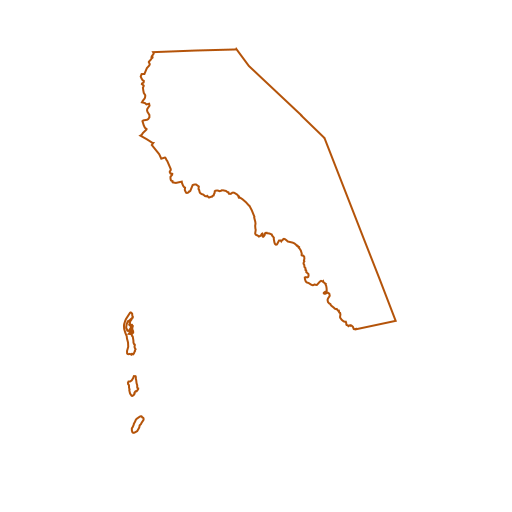 the district of Central Makira, Makira, Solomon Islands, rotated 192°
{"feature_id": "97153195B44789937557003", "entity_name": "Central Makira", "entity_type": "district", "adm_level": 2, "iso_a3": "SLB", "parent_name": "Solomon Islands", "parent_adm1": "Makira", "projection": "equal_earth", "projection_center": [161.859, -10.384], "detail": "fine", "context": "isolated", "style": "outline", "palette": "amber", "viewbox_px": 512, "rotation_deg": 192, "n_neighbors": 0, "source": "geoboundaries", "source_scale": "gbopen_adm2", "svg_char_len": 6100}
<svg xmlns="http://www.w3.org/2000/svg" viewBox="0 0 512 512"><g transform="rotate(192 256 256)"><path d="M213.5,385.6L240.9,402.8L240.8,403.0L302.5,440.4L318.3,454.4L318.4,453.9L357.9,444.4L399.0,434.0L398.2,433.1L398.3,432.2L399.5,429.6L399.5,428.8L398.5,428.8L398.5,428.4L399.3,427.4L399.6,426.4L401.2,423.7L401.2,423.4L399.8,421.6L400.0,420.2L401.8,417.1L403.0,410.8L405.7,410.2L406.1,407.6L404.9,405.9L403.6,404.5L402.1,403.9L402.0,402.7L402.1,402.2L403.4,401.0L403.4,400.4L401.3,399.4L401.2,398.8L401.6,397.1L400.7,394.6L399.7,392.2L397.9,390.4L397.6,389.7L397.5,388.0L397.7,386.9L399.0,384.3L399.5,382.6L396.4,382.5L394.7,381.5L392.2,382.7L391.4,380.9L392.9,377.3L392.9,376.0L392.2,374.5L389.6,371.8L389.1,369.5L389.9,367.5L390.9,366.6L394.4,365.2L395.1,364.3L393.1,360.7L391.4,358.4L389.4,357.4L389.5,356.8L392.1,353.0L393.1,350.6L394.1,349.7L387.1,347.5L380.5,345.0L380.1,345.1L381.0,342.9L371.8,335.4L368.9,331.5L365.5,333.4L364.7,332.9L363.6,331.4L362.5,330.4L357.4,323.2L357.3,322.0L357.9,320.8L357.7,319.9L356.7,318.8L355.7,319.1L355.0,319.0L354.9,318.0L356.1,315.8L355.9,314.6L355.5,313.4L354.9,312.3L354.5,312.1L353.2,311.9L353.0,310.9L352.8,310.7L349.6,310.8L344.1,313.3L343.8,312.4L342.1,309.8L340.9,308.6L339.6,308.1L339.4,305.9L339.0,305.2L337.8,303.7L337.4,303.3L336.7,303.3L335.7,303.8L335.0,304.6L334.8,305.3L334.2,305.5L333.8,306.0L332.7,312.2L331.4,313.0L329.6,313.5L326.4,312.1L326.2,309.7L325.9,309.2L325.5,309.0L324.3,306.6L323.6,305.9L322.1,305.3L320.3,305.1L318.3,304.0L316.9,304.0L316.2,304.7L315.0,303.8L314.1,303.4L313.4,304.0L312.6,304.2L312.0,304.8L311.3,304.9L310.8,306.0L310.1,306.3L309.9,307.3L309.9,308.4L309.6,308.9L309.8,310.8L309.3,311.4L308.2,311.8L306.9,312.1L305.2,311.8L303.6,312.6L303.3,313.1L301.9,313.4L298.9,313.4L297.1,312.5L296.3,312.6L296.1,312.1L295.2,311.2L294.7,311.5L293.6,311.5L292.3,313.0L291.3,313.3L290.4,313.3L287.3,312.2L286.0,311.2L285.3,310.1L285.2,310.3L285.3,310.9L284.8,310.6L284.7,309.6L283.0,309.5L281.0,308.7L277.0,306.5L273.3,303.8L272.9,303.8L269.6,299.8L265.7,294.0L265.8,293.3L263.8,289.3L263.2,287.5L263.1,285.4L262.4,283.0L261.7,281.4L261.5,277.9L260.9,277.0L260.0,276.5L258.9,276.5L258.5,276.2L257.3,276.0L257.1,275.7L255.9,276.6L255.2,277.8L254.9,278.9L254.4,279.3L254.1,278.9L254.4,278.6L254.1,278.1L253.8,276.8L253.3,276.3L252.9,276.3L252.6,276.7L251.9,278.2L251.9,280.0L251.5,280.6L250.8,280.8L250.8,280.6L250.6,280.5L247.6,280.8L245.0,280.3L244.6,279.4L243.1,278.3L242.3,277.5L242.2,276.5L240.8,273.1L240.0,271.8L238.9,271.2L238.1,271.5L237.8,272.0L236.7,275.9L235.2,276.3L234.5,275.7L234.4,276.5L233.5,276.7L232.7,278.4L232.2,278.6L231.2,278.5L229.2,277.6L228.0,276.8L222.9,276.7L221.0,276.3L219.3,275.4L218.3,274.6L218.1,274.5L218.1,274.9L217.7,274.8L216.1,273.7L215.7,273.7L215.6,273.2L216.0,273.2L215.9,273.0L215.6,273.0L213.3,270.7L211.7,267.8L211.7,266.9L211.5,266.2L210.9,266.0L209.8,266.2L208.7,265.3L208.1,263.4L208.2,261.6L207.6,260.9L208.0,259.7L207.9,258.3L207.0,257.4L206.3,255.3L205.1,254.4L204.7,252.6L204.1,252.5L203.6,251.7L203.5,250.7L201.0,249.3L200.9,249.0L200.5,247.8L200.6,246.4L201.3,245.8L203.1,245.6L203.8,245.1L203.3,243.5L202.0,241.4L200.9,240.7L198.9,240.5L196.0,239.4L194.5,239.2L193.7,239.5L192.9,240.3L191.0,240.2L190.4,240.4L188.2,244.2L187.2,245.2L186.4,245.2L185.2,244.7L185.0,245.1L184.7,244.5L182.0,243.2L182.2,242.8L181.1,241.3L180.3,239.3L179.6,236.7L180.6,235.1L180.8,235.4L181.0,235.3L181.4,234.6L182.0,234.2L182.0,233.7L181.4,233.3L180.6,233.4L178.2,235.1L176.5,234.4L175.7,232.7L175.7,232.0L176.6,229.8L176.9,228.4L176.8,227.7L176.0,225.9L174.5,224.8L173.3,224.5L172.7,223.6L171.7,222.9L169.0,221.6L168.1,220.9L166.8,220.7L166.0,221.0L164.5,219.6L163.6,219.8L162.9,218.1L161.9,217.8L161.3,216.4L161.1,213.7L160.7,213.0L158.9,211.4L157.4,210.6L156.0,210.1L154.5,210.4L154.3,209.8L153.9,209.4L153.4,207.8L153.0,207.3L151.8,207.3L151.0,206.6L149.7,207.8L149.4,207.9L149.1,207.6L148.9,207.9L148.3,207.9L146.5,206.9L145.2,204.9L144.6,204.8L143.1,205.5L143.0,205.1L105.9,221.6L130.4,259.3L153.6,294.4L213.2,385.1L213.5,385.3L213.5,385.6ZM370.8,161.8L370.6,160.1L369.8,157.3L367.8,153.6L365.8,150.7L365.1,148.6L363.2,144.8L362.1,140.6L362.4,136.2L361.8,133.9L361.3,133.5L360.4,133.4L359.1,134.0L357.3,133.6L357.1,134.5L356.7,134.6L356.1,134.4L356.2,133.6L355.2,135.2L354.8,137.5L354.6,137.8L354.8,138.2L354.4,139.8L355.3,140.7L355.9,141.7L356.0,142.3L356.0,143.7L356.2,144.2L356.9,144.4L357.8,145.7L358.4,148.0L359.7,151.3L360.0,151.8L360.7,152.1L361.5,153.7L363.4,153.5L362.9,154.3L362.7,155.2L363.5,154.9L363.4,154.5L363.8,154.3L362.7,156.5L362.8,157.1L362.1,157.6L361.9,158.5L361.2,157.2L361.2,155.2L361.4,155.1L361.2,154.8L361.3,154.3L361.7,154.1L361.1,154.1L360.2,155.5L360.6,157.0L361.3,157.8L361.9,159.1L362.1,160.5L361.9,161.2L362.0,161.9L362.4,161.9L363.0,162.9L363.9,162.7L364.2,162.0L364.1,161.7L363.5,161.2L363.6,159.5L364.7,156.7L365.2,156.2L365.7,156.1L366.5,156.3L366.8,157.3L367.8,158.3L368.2,159.5L368.3,162.3L367.8,165.5L366.7,166.3L365.6,167.8L365.9,165.0L365.4,163.5L365.7,162.4L365.2,162.1L365.1,163.0L365.5,164.9L365.3,166.5L364.7,167.6L364.1,170.0L363.9,170.0L363.7,169.3L363.8,170.9L364.5,171.7L365.2,173.9L366.5,174.7L367.0,174.7L367.4,174.3L370.0,167.5L370.4,165.8L370.8,161.8ZM354.9,105.4L354.4,104.0L353.8,103.7L353.2,102.6L352.8,100.7L352.3,99.9L351.9,99.0L352.1,98.6L352.0,98.3L350.9,95.9L350.5,95.2L348.6,93.4L347.7,93.5L347.6,93.8L346.7,94.6L346.1,96.1L346.5,96.5L346.5,96.8L345.9,98.3L345.4,98.8L345.1,98.6L344.7,98.8L343.6,101.1L343.7,102.0L344.5,102.2L344.9,102.9L345.3,104.8L346.4,106.8L347.4,109.7L348.0,110.8L348.4,112.7L348.9,113.4L350.5,113.1L350.8,111.0L351.7,108.5L353.0,107.1L354.6,106.7L354.9,105.4ZM341.6,61.4L341.1,59.4L340.3,58.0L339.7,57.6L338.8,57.6L338.1,58.0L335.8,60.0L334.7,63.4L334.5,64.5L334.6,66.1L333.6,67.6L333.2,69.2L332.0,72.1L332.0,73.1L332.4,74.0L332.7,74.3L333.8,74.5L334.3,75.2L335.1,75.4L336.3,74.7L339.0,71.8L339.6,70.4L339.8,69.0L340.6,66.4L340.5,65.8L340.9,63.7L341.1,62.8L341.4,62.3L341.6,61.4ZM362.7,155.9L362.4,155.7L362.1,156.1L362.1,157.0L362.7,155.9Z" fill="none" stroke="#b45309" stroke-width="2"/></g></svg>